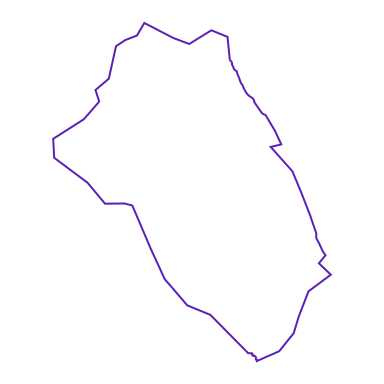 the district of Gurvanbulag, Bulgan, Mongolia
{"feature_id": "93677404B1659658679068", "entity_name": "Gurvanbulag", "entity_type": "district", "adm_level": 2, "iso_a3": "MNG", "parent_name": "Mongolia", "parent_adm1": "Bulgan", "projection": "albers", "projection_center": [103.52, 47.744], "detail": "fine", "context": "isolated", "style": "outline", "palette": "violet", "viewbox_px": 384, "rotation_deg": 0, "n_neighbors": 0, "source": "geoboundaries", "source_scale": "gbopen_adm2", "svg_char_len": 1686}
<svg xmlns="http://www.w3.org/2000/svg" viewBox="0 0 384 384"><path d="M281.3,144.4L275.0,130.9L265.5,115.0L263.6,114.2L262.0,113.2L255.3,103.6L254.1,101.7L254.3,101.3L254.2,100.8L253.6,99.7L252.9,98.4L248.6,95.5L246.2,92.7L244.0,88.8L243.2,86.9L242.8,85.8L242.3,84.8L241.6,83.9L240.8,82.9L239.8,79.9L239.2,78.2L238.8,77.4L238.6,76.9L238.5,76.6L238.3,75.9L238.1,75.7L237.9,75.3L237.8,75.1L237.4,73.7L237.1,72.8L236.8,71.4L236.2,70.9L235.4,70.4L234.7,69.8L234.3,69.5L233.7,68.5L233.5,67.6L233.2,67.1L233.1,66.5L232.9,66.1L232.6,65.7L232.0,64.4L232.0,64.0L232.1,63.0L231.8,62.4L231.4,61.7L231.1,61.3L230.6,60.8L230.3,60.3L229.8,59.6L227.5,36.9L217.3,32.7L211.4,30.3L189.2,44.0L173.6,38.1L144.3,23.0L136.9,35.6L125.4,40.0L116.0,46.2L108.8,78.7L95.5,90.0L99.2,101.6L88.3,114.2L83.6,119.4L53.2,138.8L54.2,157.8L87.6,182.8L92.2,188.3L96.6,193.6L105.0,203.7L124.6,203.5L132.3,205.5L150.7,248.6L164.8,279.3L170.7,286.0L176.7,293.0L187.3,305.4L210.4,314.9L248.2,353.2L249.2,353.2L252.1,353.3L252.3,353.5L252.5,353.8L252.6,354.1L252.6,354.3L252.5,354.5L252.2,354.8L252.1,355.0L252.3,355.2L252.7,355.4L253.0,355.7L253.3,355.9L253.5,356.0L253.9,356.0L254.1,355.8L254.3,355.7L254.4,355.8L254.5,356.0L254.8,356.2L255.0,356.3L255.3,356.5L255.5,356.6L255.8,357.0L255.9,357.7L255.8,358.0L255.9,358.7L255.9,359.5L256.0,359.7L256.1,359.8L256.3,359.8L256.6,359.7L256.9,359.7L257.0,359.7L257.1,359.9L257.1,360.1L257.0,360.6L257.0,361.0L279.2,351.2L293.7,333.2L298.7,316.7L308.5,291.3L330.8,274.7L318.9,263.3L325.5,255.3L322.7,251.2L319.2,243.5L316.2,238.0L316.3,233.4L310.7,217.1L310.7,216.8L301.4,193.0L301.4,192.9L292.4,171.3L270.7,146.9L281.3,144.4Z" fill="none" stroke="#5b21b6" stroke-width="2"/></svg>